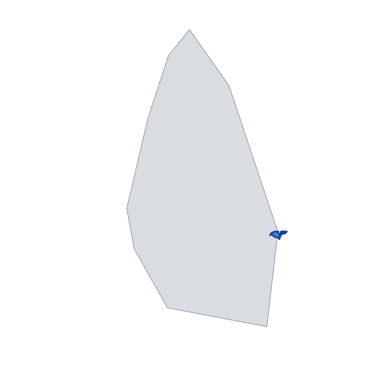 location of Village, Saint Lucia, rotated 339°
{"feature_id": "8701671B40321186165087", "entity_name": "Village", "entity_type": "district", "adm_level": 2, "iso_a3": "LCA", "parent_name": "Saint Lucia", "parent_adm1": "", "projection": "albers", "projection_center": [-60.893, 13.818], "detail": "fine", "context": "in_parent", "style": "filled", "palette": "blue", "viewbox_px": 384, "rotation_deg": 339, "n_neighbors": 0, "source": "geoboundaries", "source_scale": "gbopen_adm2", "svg_char_len": 3219}
<svg xmlns="http://www.w3.org/2000/svg" viewBox="0 0 384 384"><g transform="rotate(339 192 192)"><path d="M257.9,259.8L213.6,344.5L127.6,291.3L117.7,224.3L125.3,183.8L178.0,106.4L219.1,56.2L247.8,39.5L264.6,106.3L257.9,259.8Z" fill="#d9dde1" stroke="#a8b0b8" stroke-width="1"/><path d="M254.2,264.3L254.3,264.3L254.9,264.4L255.1,264.5L255.3,264.7L255.3,264.8L255.4,265.1L255.8,265.8L256.0,266.1L256.2,266.5L256.3,266.8L256.5,266.9L256.5,266.7L256.4,266.4L256.6,265.9L256.8,265.7L256.8,265.8L256.7,265.9L256.6,266.1L256.6,266.3L256.5,266.5L256.6,267.0L256.7,267.3L256.8,267.3L256.8,267.2L257.0,267.1L257.0,266.9L257.0,266.7L257.0,266.3L257.0,266.2L257.2,265.7L257.3,265.8L257.4,265.7L257.6,265.7L257.8,265.6L258.0,265.6L258.3,265.2L258.3,265.4L258.5,265.3L258.5,265.2L258.8,265.1L259.0,265.2L258.9,265.1L258.8,264.9L258.7,264.9L258.7,265.0L258.6,264.9L258.6,264.7L258.4,264.7L258.1,264.4L258.0,264.5L258.0,264.4L257.9,264.4L257.7,264.3L257.8,263.9L257.9,263.7L258.0,263.7L258.4,263.7L258.6,263.8L258.7,263.7L258.8,263.7L258.9,263.8L259.0,263.8L259.0,263.7L259.1,263.8L259.3,263.8L259.4,263.7L259.5,263.6L259.9,263.5L260.0,263.4L260.0,263.5L260.3,263.7L260.3,263.8L260.6,264.0L260.8,264.0L260.9,263.9L261.0,263.9L261.1,263.7L260.9,263.5L261.0,263.3L261.1,263.2L261.2,263.3L261.3,263.4L261.2,263.3L261.3,263.3L261.5,263.2L261.8,263.1L262.0,263.1L262.3,263.2L262.5,263.2L262.6,263.3L262.6,263.5L262.8,264.0L263.0,264.0L263.1,263.9L263.0,263.7L263.2,263.8L263.3,263.8L263.3,263.7L263.5,263.6L263.4,263.3L263.4,263.2L263.6,263.2L263.8,263.1L264.1,263.3L264.3,263.3L264.5,263.3L264.8,263.4L264.7,263.3L264.8,263.4L264.9,263.5L265.0,263.4L265.0,263.5L265.1,263.4L265.4,263.3L265.5,263.3L265.8,263.3L266.0,263.3L266.1,263.2L266.3,263.0L266.1,262.8L265.8,262.6L265.6,262.5L265.6,262.4L265.4,262.4L265.2,262.4L264.9,262.3L264.9,262.2L264.7,262.0L264.4,262.1L264.2,262.2L263.9,262.1L264.0,262.2L263.8,262.1L263.7,262.1L263.8,261.9L263.7,261.9L263.4,261.8L263.5,261.7L263.3,261.5L263.2,261.4L263.2,261.5L263.1,261.4L263.0,261.5L262.9,261.5L262.9,261.8L262.7,261.9L262.3,261.9L262.2,261.9L261.9,261.9L262.0,261.8L261.9,261.7L262.0,261.7L261.9,261.6L261.7,261.6L261.6,261.4L261.3,261.4L261.2,261.4L260.9,261.2L261.0,260.9L260.9,260.8L260.7,260.8L260.5,261.1L260.4,261.2L260.4,261.4L260.4,261.5L260.2,261.9L260.0,262.1L259.9,262.2L259.8,262.3L259.6,262.3L259.4,262.4L259.2,262.4L259.0,262.5L258.8,262.3L258.3,261.9L258.1,261.6L257.9,261.2L257.9,260.8L257.8,260.6L257.9,260.4L257.9,260.2L258.0,260.2L258.1,260.3L258.4,260.2L258.4,259.9L258.4,259.7L258.2,259.5L258.1,259.4L257.9,259.4L257.7,259.5L257.4,259.6L257.2,259.6L256.8,259.5L256.6,259.4L256.4,259.3L256.3,259.2L256.2,259.1L255.9,259.1L255.9,258.8L255.4,258.6L255.0,258.6L254.8,258.5L254.7,258.5L254.3,258.5L254.1,258.6L253.7,258.5L253.4,258.5L251.9,258.8L251.7,258.8L251.1,258.8L250.8,259.0L249.5,260.2L250.1,260.4L250.3,260.4L250.5,260.4L250.9,260.5L251.1,260.6L251.5,260.6L252.1,260.7L252.3,260.8L252.3,261.0L252.2,261.1L252.2,261.4L252.2,261.5L252.1,261.9L252.1,262.0L252.2,262.3L252.2,262.5L252.3,262.7L252.4,262.9L252.6,263.0L253.0,263.1L253.2,263.3L253.3,263.3L253.5,263.5L253.6,263.8L253.8,264.0L254.2,264.3Z" fill="#3b82f6" stroke="#1e3a8a" stroke-width="1.5"/></g></svg>